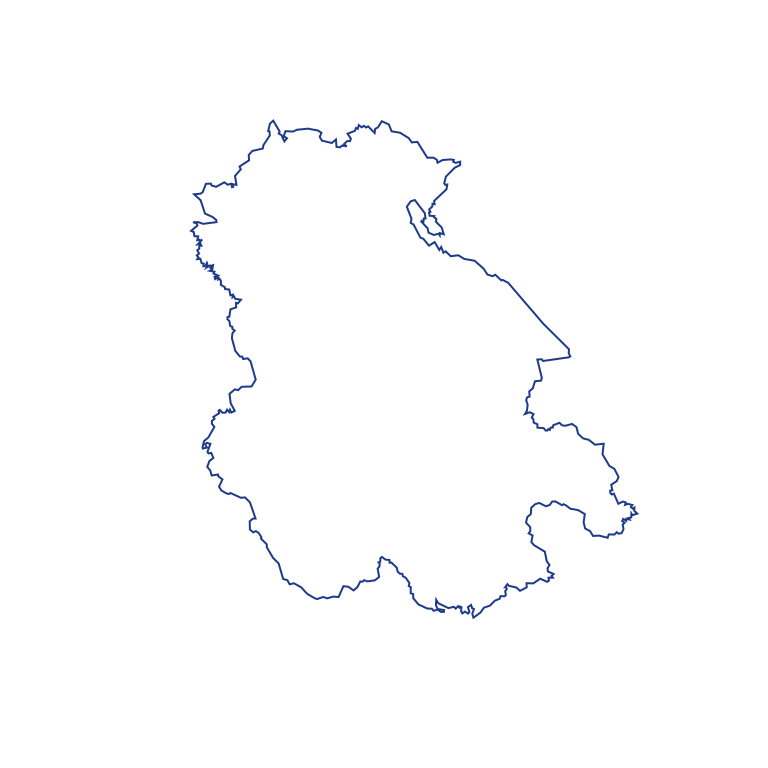 Mohnyin, Kachin, Myanmar (Mercator projection), rotated 138°
{"feature_id": "60261553B43552707692155", "entity_name": "Mohnyin", "entity_type": "district", "adm_level": 2, "iso_a3": "MMR", "parent_name": "Myanmar", "parent_adm1": "Kachin", "projection": "mercator", "projection_center": [96.513, 25.308], "detail": "fine", "context": "isolated", "style": "outline", "palette": "blue", "viewbox_px": 768, "rotation_deg": 138, "n_neighbors": 0, "source": "geoboundaries", "source_scale": "gbopen_adm2", "svg_char_len": 6166}
<svg xmlns="http://www.w3.org/2000/svg" viewBox="0 0 768 768"><g transform="rotate(138 384 384)"><path d="M437.5,562.5L438.6,560.9L435.8,557.8L438.8,552.7L436.5,551.5L438.5,549.8L436.8,549.6L437.5,546.8L433.9,542.4L438.6,541.7L439.7,543.3L442.6,539.9L448.2,542.2L453.9,537.5L455.5,538.4L457.0,537.0L456.8,534.3L459.5,529.9L458.4,528.0L459.8,526.4L459.2,523.6L462.7,523.1L466.4,519.8L472.4,507.9L472.7,500.9L471.1,499.1L472.0,496.9L468.1,494.2L468.0,490.1L476.4,473.1L484.1,470.8L491.7,477.2L496.6,477.0L498.4,479.8L505.4,480.1L510.8,472.3L512.9,463.9L516.5,464.9L515.7,467.9L517.8,466.7L517.8,469.9L520.9,468.7L523.3,470.8L523.3,474.6L524.8,474.9L525.9,472.6L532.9,473.7L533.2,471.6L536.6,471.7L538.5,469.7L538.8,465.6L550.3,461.8L556.0,462.0L561.3,458.3L561.8,457.2L558.1,455.3L557.2,459.0L555.0,458.8L553.1,455.7L560.7,451.6L560.9,449.8L558.5,448.4L560.3,443.2L565.3,443.6L570.8,440.7L571.0,436.0L573.3,431.3L567.9,427.8L568.9,426.4L567.9,421.2L575.3,418.1L576.1,413.8L574.4,408.4L572.8,405.9L571.1,405.8L566.4,395.1L563.2,392.8L562.8,385.7L569.5,370.0L571.5,371.7L575.7,371.8L581.0,365.6L580.5,361.3L577.7,360.4L576.8,357.3L577.6,352.2L578.9,351.4L578.4,343.2L580.3,341.2L582.8,329.1L582.4,321.1L589.4,306.6L587.1,302.9L588.1,298.2L584.3,296.2L581.6,288.4L581.5,279.6L578.9,271.3L577.7,269.0L571.7,266.4L569.5,262.6L564.0,260.0L560.3,256.1L549.4,260.9L546.1,257.0L544.7,250.9L539.5,250.9L533.8,253.1L532.2,251.4L530.0,251.5L528.4,248.4L522.1,244.2L516.7,243.9L512.3,251.0L509.6,251.4L507.3,253.4L507.4,255.1L505.6,254.5L503.3,257.0L501.2,256.8L500.5,252.6L497.7,249.6L499.4,247.4L498.0,246.4L497.4,239.0L499.4,235.4L499.1,232.4L497.4,230.7L498.6,228.5L497.5,225.6L498.3,219.1L500.8,217.3L500.0,215.2L504.2,210.6L502.9,208.4L505.6,205.2L505.9,197.2L502.1,188.2L498.8,185.0L498.9,182.3L495.1,180.4L494.3,176.8L492.1,174.6L490.6,175.8L494.7,181.0L493.3,185.0L489.6,188.7L490.4,184.9L486.1,174.4L481.1,171.6L481.0,169.1L477.5,169.3L477.5,167.3L476.4,167.7L475.8,166.3L478.9,163.3L479.3,161.1L476.2,160.8L475.2,157.2L473.3,157.2L470.9,162.0L467.1,161.5L468.5,158.5L467.7,156.6L472.1,154.2L473.9,150.5L465.4,149.6L459.4,150.9L453.5,148.4L446.6,148.8L441.7,147.0L439.3,148.4L436.6,145.6L434.7,145.6L432.6,148.9L430.1,149.4L429.0,151.3L429.9,151.9L426.2,152.7L426.2,150.4L421.8,144.2L421.3,139.3L414.0,137.4L411.4,140.6L406.4,135.9L398.2,134.8L395.2,127.9L393.2,127.4L391.3,130.0L388.1,127.1L387.9,129.2L385.1,129.3L387.6,134.9L385.9,137.6L382.1,138.8L381.6,143.5L376.7,151.8L380.4,163.9L380.2,168.0L374.9,172.0L376.4,176.2L373.7,176.8L371.1,179.8L371.2,186.0L366.6,189.2L361.9,189.1L357.4,193.5L352.0,193.5L348.2,191.7L345.5,184.8L341.7,183.2L337.6,184.1L335.2,182.0L332.8,174.8L331.0,174.5L330.1,172.4L328.9,166.5L324.2,160.6L321.8,153.0L328.2,147.6L331.2,142.0L329.3,136.9L330.3,131.2L325.5,127.3L320.7,120.1L317.7,121.8L313.4,117.9L310.2,118.1L309.9,115.9L307.3,114.2L303.2,115.8L300.7,119.8L298.0,119.9L298.7,122.8L296.5,123.7L295.5,120.3L294.1,121.7L292.3,119.0L292.0,120.8L289.6,119.4L286.8,122.2L287.2,120.3L282.5,118.2L282.9,122.2L280.6,124.6L282.5,124.8L282.9,127.4L280.4,127.9L283.1,131.9L285.7,132.9L283.6,134.2L285.1,136.8L290.0,138.2L286.5,148.8L288.6,149.4L288.8,151.4L287.3,153.4L285.4,152.2L282.5,157.1L276.1,156.1L271.9,157.9L269.6,166.8L271.3,172.4L268.7,185.5L260.7,192.6L267.8,197.7L269.2,205.6L272.4,210.3L273.1,217.0L269.8,223.2L271.0,228.5L277.3,231.7L279.4,234.3L279.5,237.7L285.7,240.1L287.7,238.7L289.4,240.1L291.5,238.9L292.2,240.6L293.7,240.1L295.0,241.2L294.9,244.4L299.2,248.9L296.9,251.5L298.6,255.0L296.5,258.1L296.7,260.1L293.0,261.6L294.5,265.4L299.3,267.4L295.6,268.5L291.0,272.6L289.2,276.8L286.7,278.3L284.2,277.2L281.0,281.3L276.4,281.2L270.0,285.0L265.0,281.4L262.5,283.1L253.7,299.6L250.2,296.8L250.4,294.7L228.7,280.1L227.0,279.9L226.2,283.2L223.3,286.0L225.3,322.1L224.0,376.1L226.2,382.0L227.5,382.5L228.2,390.7L231.2,391.5L233.9,396.2L232.8,403.1L234.2,415.0L240.7,423.3L242.6,429.9L248.9,434.3L249.4,441.3L252.0,441.8L249.8,447.5L253.2,446.6L251.4,455.6L258.0,456.7L257.6,465.5L259.0,468.6L255.3,482.7L256.4,485.8L253.0,488.4L248.4,500.5L241.9,501.9L238.0,500.1L239.4,483.5L242.4,479.2L243.6,480.3L246.7,477.8L246.7,479.9L247.6,479.7L247.4,470.6L249.6,466.7L247.3,461.5L242.8,459.0L243.1,457.2L241.5,458.8L239.4,455.3L236.4,461.7L236.8,469.9L234.6,471.7L235.2,474.5L234.2,475.1L237.5,478.5L235.7,481.4L234.3,480.9L233.6,483.5L229.3,483.6L227.3,485.5L226.0,483.8L224.3,486.5L207.3,486.9L203.5,489.9L205.3,491.2L204.8,493.0L199.2,496.7L186.7,497.4L180.9,495.8L178.6,498.2L182.7,500.3L183.9,502.8L182.2,503.8L184.1,506.2L190.5,511.2L196.1,512.6L194.7,515.3L195.7,519.0L200.4,523.2L197.2,541.6L201.7,544.9L201.1,550.2L203.9,559.9L209.3,566.7L206.7,573.6L209.8,580.7L216.8,578.8L219.9,579.5L223.0,576.8L223.4,586.1L225.7,586.6L226.2,589.3L228.9,589.8L229.5,593.3L232.8,591.2L233.4,593.0L236.3,591.6L243.6,594.4L244.4,588.6L246.6,587.2L249.1,589.2L253.3,589.0L252.6,585.5L255.8,589.3L258.3,589.3L260.6,592.0L256.1,597.9L261.5,598.0L267.3,606.4L266.4,610.6L262.4,612.6L263.5,616.6L269.6,624.6L278.6,631.2L282.7,632.5L288.0,637.8L293.7,634.7L292.4,634.4L291.7,631.5L295.7,631.0L293.6,637.5L294.7,640.5L292.6,641.5L290.1,653.8L294.5,653.8L300.8,649.5L300.1,648.4L302.5,645.1L313.7,642.2L316.5,640.1L325.9,645.3L331.3,644.7L334.6,640.5L345.8,642.3L346.8,639.4L355.5,638.3L360.4,630.7L362.9,634.0L364.1,631.4L365.2,631.9L363.6,635.1L366.8,636.7L367.7,640.7L376.9,642.9L379.3,647.0L378.6,648.8L382.4,651.9L390.3,647.9L393.0,648.2L398.2,652.0L397.3,643.3L403.0,630.4L399.7,623.0L398.9,618.1L400.2,616.4L411.3,624.1L413.7,628.6L417.7,632.0L415.7,628.8L416.6,626.6L424.9,626.9L423.7,624.2L426.0,620.7L423.3,618.1L426.5,615.9L424.8,614.9L425.4,613.8L422.5,613.0L428.8,612.4L426.5,611.2L427.2,609.0L428.6,610.5L430.7,608.2L433.3,608.3L434.1,604.7L437.1,604.8L437.1,602.3L439.2,601.7L436.7,599.9L438.7,595.8L437.4,594.1L439.4,592.3L437.5,591.2L434.6,592.5L435.7,590.0L438.0,589.3L434.2,588.4L435.9,585.2L433.5,587.5L431.5,586.7L435.4,583.7L437.6,584.5L434.9,580.9L436.8,580.1L434.8,575.7L438.3,577.0L439.3,575.0L436.0,574.5L437.3,572.7L435.8,572.6L436.2,569.7L438.9,566.8L437.5,562.5Z" fill="none" stroke="#1e3a8a" stroke-width="2"/></g></svg>